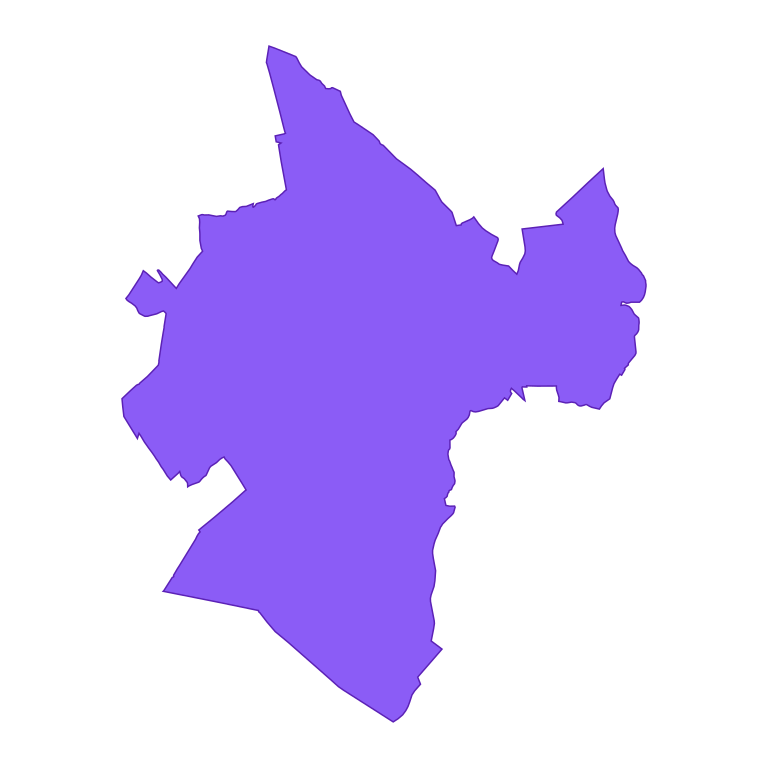 Radaseni, Suceava, Romania
{"feature_id": "2599482B73099737590201", "entity_name": "Radaseni", "entity_type": "district", "adm_level": 2, "iso_a3": "ROU", "parent_name": "Romania", "parent_adm1": "Suceava", "projection": "albers", "projection_center": [26.255, 47.485], "detail": "fine", "context": "isolated", "style": "filled", "palette": "violet", "viewbox_px": 768, "rotation_deg": 0, "n_neighbors": 0, "source": "geoboundaries", "source_scale": "gbopen_adm2", "svg_char_len": 6108}
<svg xmlns="http://www.w3.org/2000/svg" viewBox="0 0 768 768"><path d="M442.0,649.1L431.2,641.0L433.6,628.8L434.4,623.5L434.2,620.8L430.5,601.5L430.4,598.3L431.1,594.9L434.0,586.5L434.9,580.8L435.6,570.7L433.3,558.3L432.6,553.4L432.6,550.3L434.1,543.7L435.2,540.1L438.2,533.4L440.5,527.2L441.4,526.0L442.5,524.1L447.9,518.6L451.3,515.5L452.8,513.9L453.6,512.7L455.1,507.2L454.6,506.1L449.7,506.2L445.9,505.4L444.4,498.6L446.2,497.4L447.2,496.2L447.5,494.5L448.1,492.9L448.8,492.2L449.0,491.0L449.3,490.6L449.7,490.3L451.2,489.7L451.5,489.4L452.2,487.4L453.2,485.5L454.6,483.7L455.0,481.1L454.9,480.2L454.0,476.5L454.1,472.6L454.0,472.1L453.2,470.4L452.0,467.3L451.0,465.0L449.6,461.0L448.8,459.5L447.9,454.1L448.3,451.0L448.7,449.9L449.7,448.9L450.0,447.7L449.9,440.1L451.6,439.4L453.4,438.0L454.8,436.2L455.8,434.5L456.2,433.0L456.0,432.4L456.0,431.6L458.3,429.2L461.6,423.7L462.3,422.8L467.0,419.0L468.2,417.4L469.3,415.0L470.0,411.2L470.5,410.7L471.1,410.6L471.8,411.0L473.3,411.6L474.7,411.8L475.6,411.9L478.6,411.4L487.9,408.6L492.3,408.3L493.8,407.9L496.5,406.7L497.9,405.9L498.4,405.4L504.5,397.9L507.7,400.3L511.7,393.5L510.7,392.3L510.4,391.1L510.7,389.7L511.4,388.3L514.1,390.6L521.8,397.9L522.9,399.1L524.9,400.6L522.0,388.0L522.0,387.6L522.3,386.9L526.8,387.0L526.7,385.8L537.4,386.1L556.4,386.0L556.4,387.9L556.7,390.2L558.3,395.0L559.0,397.6L558.8,401.4L560.6,401.7L565.8,402.9L567.5,402.8L571.6,402.1L575.1,402.7L576.1,403.3L577.4,404.7L578.3,405.4L579.5,405.9L581.0,406.0L584.4,405.1L585.5,404.6L586.7,404.6L589.4,406.2L591.7,407.3L599.4,409.1L601.4,406.0L604.1,402.8L609.8,398.8L612.7,387.6L614.0,383.7L616.7,379.0L619.7,374.2L621.6,375.2L624.9,369.6L624.9,368.9L624.5,368.3L628.3,364.9L628.3,363.4L628.8,362.7L634.9,355.4L635.9,353.4L636.0,352.0L634.4,336.7L634.7,335.6L636.6,333.8L637.7,332.2L638.4,330.7L638.7,329.6L638.8,325.2L639.1,323.1L639.1,321.8L638.9,319.7L638.6,318.1L638.4,317.8L635.3,315.1L634.1,313.9L631.9,309.7L630.2,307.6L628.9,306.4L625.8,305.2L624.4,305.0L621.0,305.4L621.6,302.2L622.6,301.9L623.4,301.8L625.7,302.9L626.8,303.2L628.9,302.9L631.1,302.2L639.5,302.2L641.5,300.3L643.4,297.5L644.5,294.8L645.2,292.0L646.0,286.3L646.0,284.5L645.6,282.1L645.6,280.6L643.5,275.9L643.0,275.3L642.4,274.8L642.0,274.2L641.6,273.2L638.6,269.4L636.9,267.8L632.8,265.3L630.4,263.4L628.5,261.4L625.4,255.4L622.6,250.6L621.6,248.1L615.7,235.4L614.9,232.4L614.7,228.2L615.2,224.7L617.7,214.1L618.1,211.7L618.3,209.4L618.0,207.8L615.6,205.3L614.8,204.0L614.0,201.8L613.0,200.0L609.9,196.2L607.3,191.3L606.7,189.4L605.0,183.0L604.4,178.9L603.2,168.6L589.0,181.7L572.3,197.5L556.5,212.0L556.0,213.9L556.4,215.3L559.7,217.8L562.0,220.3L562.9,223.2L563.1,224.2L522.1,229.0L525.0,246.8L525.3,250.9L524.8,253.9L522.8,258.0L520.2,262.3L519.5,264.5L518.3,270.6L516.8,274.2L512.9,270.5L508.6,266.0L502.8,265.1L499.4,264.3L497.3,262.8L493.3,260.5L492.3,259.5L491.9,258.7L491.6,257.5L492.2,255.6L494.0,251.2L497.9,240.9L498.2,239.6L498.0,238.3L497.4,237.6L491.5,234.4L488.2,232.3L486.0,230.9L482.3,228.0L478.5,223.6L473.8,216.9L472.5,218.2L470.1,219.6L462.3,223.0L461.4,223.7L461.2,224.9L456.3,225.6L452.0,212.3L450.8,210.9L441.8,202.0L440.2,199.3L435.2,190.2L425.8,182.3L418.2,175.6L410.5,169.1L396.4,158.8L383.3,145.4L381.3,144.5L380.1,143.6L379.1,141.0L373.1,134.7L358.4,124.8L354.0,122.0L349.9,114.0L341.3,95.3L340.3,91.3L332.6,87.7L331.5,87.8L330.7,88.6L328.5,88.8L325.6,88.5L324.6,86.1L321.8,83.4L320.3,81.1L319.1,80.3L316.7,79.7L310.0,75.0L301.6,66.8L299.2,62.8L296.8,58.0L295.8,56.6L274.4,48.0L269.0,46.1L266.8,59.5L266.4,62.6L266.9,63.7L269.6,73.0L273.6,88.0L279.9,112.2L283.7,127.4L284.9,131.9L285.5,133.2L284.1,133.9L275.2,135.9L276.2,141.8L281.0,143.0L278.5,144.8L281.2,161.6L286.4,189.8L284.9,190.9L282.2,193.6L281.0,194.5L279.2,196.2L276.5,198.0L276.0,198.6L275.8,199.2L275.5,199.5L275.0,199.8L274.6,199.4L273.6,198.8L272.5,198.9L268.5,200.2L265.7,201.4L261.8,202.2L257.6,203.4L256.4,203.9L255.6,205.1L254.5,206.4L253.5,207.1L253.2,207.2L252.9,206.9L252.8,206.1L253.3,203.6L246.3,206.4L242.5,206.6L240.5,207.2L239.7,207.5L238.0,209.5L236.2,211.2L235.3,211.6L231.8,211.5L227.6,211.1L227.0,211.5L226.4,212.9L226.0,214.1L225.3,215.2L223.0,216.1L220.4,215.8L216.5,216.4L208.8,214.9L204.5,215.0L202.4,214.6L201.5,214.7L198.2,216.0L199.4,218.6L199.5,219.3L199.7,222.1L199.4,227.9L199.8,232.1L199.9,234.0L199.9,240.5L201.3,248.3L202.6,251.2L197.2,257.1L192.9,263.8L190.0,268.6L179.2,283.7L176.3,288.4L165.9,277.2L162.5,274.0L161.0,272.2L158.8,270.1L157.9,270.0L157.4,270.4L157.5,270.8L159.8,274.6L162.1,279.2L162.3,280.2L162.1,281.3L160.3,282.3L158.6,282.8L157.8,282.4L151.0,277.1L146.4,273.0L143.3,270.7L141.3,275.3L139.4,278.5L128.8,294.9L125.9,298.5L127.1,300.2L129.1,301.7L131.6,303.2L135.1,305.9L136.8,308.1L137.7,310.5L138.6,312.2L139.1,313.1L139.8,313.7L144.6,316.2L145.6,316.3L147.9,316.2L149.4,315.7L156.8,313.8L161.6,311.5L163.1,311.1L163.6,311.0L164.7,312.0L165.8,313.1L166.1,313.8L164.1,326.4L164.1,327.6L163.2,332.6L161.3,344.3L158.9,360.8L159.0,362.1L158.3,365.2L147.4,376.5L139.8,383.1L139.2,384.1L137.7,384.6L136.5,385.2L130.6,390.5L122.0,398.7L122.7,406.3L123.9,416.5L137.4,438.5L139.0,433.3L140.9,436.1L144.4,442.0L148.7,448.1L151.7,452.1L154.5,456.1L156.1,458.7L158.6,462.2L161.2,466.7L163.2,469.4L167.3,476.0L170.7,480.0L178.0,473.4L179.7,471.5L180.8,475.4L181.6,476.8L184.3,478.7L187.3,482.5L187.6,483.8L187.7,486.8L189.0,485.9L192.1,484.5L198.9,482.1L199.9,481.2L201.3,479.4L202.7,477.9L204.2,476.6L205.8,475.6L206.2,475.1L209.6,467.7L210.9,466.2L216.5,462.6L219.7,459.5L221.9,458.0L224.1,457.0L225.0,458.8L228.0,462.0L231.0,465.6L242.1,483.4L246.1,490.0L244.9,490.9L232.9,501.6L214.1,517.5L198.8,530.0L200.1,531.9L198.5,533.7L196.9,536.4L195.6,539.2L179.3,565.8L177.6,568.4L173.6,575.2L173.7,576.4L173.7,576.7L172.2,577.5L163.8,590.7L163.2,591.3L214.7,601.5L258.4,610.5L258.6,611.5L258.8,611.9L259.9,612.8L267.0,622.0L275.2,631.6L287.9,642.1L329.8,678.9L338.5,686.7L343.7,690.3L393.2,721.9L398.0,718.8L402.7,714.8L405.8,710.6L408.0,706.5L409.7,701.9L412.0,694.9L414.7,690.8L420.5,684.2L417.7,677.1L442.0,649.1Z" fill="#8b5cf6" stroke="#5b21b6" stroke-width="1.5"/></svg>